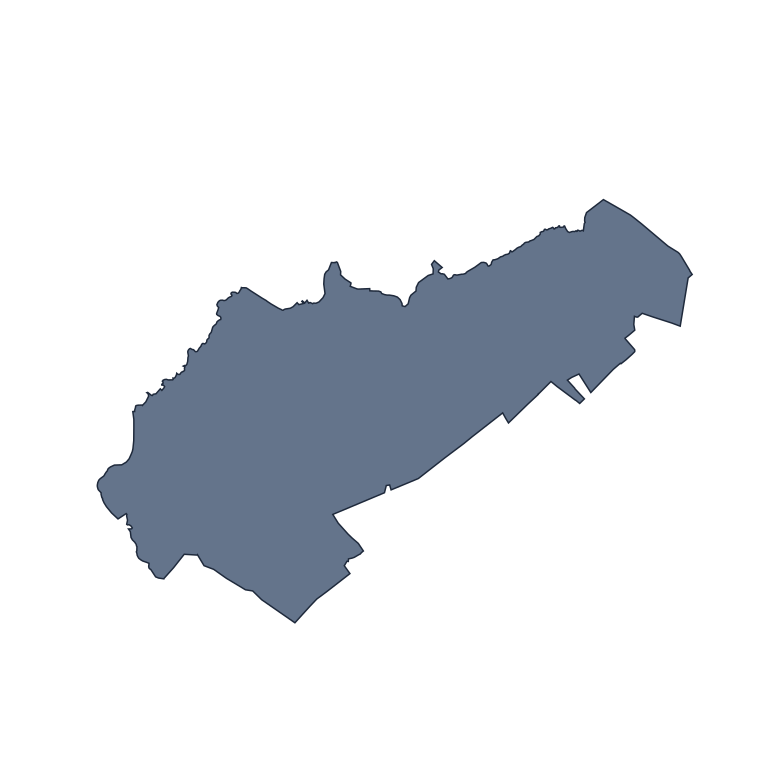 outline of El Salto, Jalisco, Mexico, rotated 133°
{"feature_id": "50627088B25488559154572", "entity_name": "El Salto", "entity_type": "district", "adm_level": 2, "iso_a3": "MEX", "parent_name": "Mexico", "parent_adm1": "Jalisco", "projection": "orthographic", "projection_center": [-103.259, 20.539], "detail": "fine", "context": "isolated", "style": "filled", "palette": "slate", "viewbox_px": 768, "rotation_deg": 133, "n_neighbors": 0, "source": "geoboundaries", "source_scale": "gbopen_adm2", "svg_char_len": 6159}
<svg xmlns="http://www.w3.org/2000/svg" viewBox="0 0 768 768"><g transform="rotate(133 384 384)"><path d="M676.7,412.2L676.6,412.3L661.9,412.6L644.8,414.0L636.4,403.8L636.1,403.9L639.6,391.7L635.7,382.1L633.6,366.7L629.0,345.0L624.9,338.9L625.2,326.3L619.4,286.3L597.4,286.6L587.0,286.5L574.5,284.2L545.9,279.6L544.0,289.1L538.9,290.2L538.1,289.1L536.1,290.7L533.1,288.6L531.0,287.5L525.7,285.9L524.6,285.4L522.6,285.5L520.2,285.2L518.1,294.1L518.4,302.2L518.3,307.9L517.0,322.6L514.3,332.5L463.2,309.5L456.7,313.1L454.0,311.0L456.6,306.6L429.7,294.4L396.2,289.1L373.1,285.0L362.7,283.6L324.2,277.5L326.1,271.7L327.6,266.4L300.9,265.1L286.6,264.1L286.5,264.4L285.7,264.5L285.5,264.2L268.3,263.6L267.8,255.6L265.3,232.9L265.1,232.5L264.8,227.6L258.2,227.3L257.3,241.0L257.0,241.7L256.1,252.5L251.1,251.2L243.7,248.2L249.2,226.9L217.0,226.3L207.7,225.3L207.6,224.5L201.1,223.5L193.0,222.8L189.3,222.7L188.1,223.8L187.9,224.4L186.4,238.6L186.1,239.0L180.5,238.1L173.6,237.3L170.1,241.9L163.7,247.0L163.0,245.3L162.4,244.4L161.8,244.0L156.2,243.4L151.6,233.1L143.1,215.0L139.7,206.8L99.0,233.9L93.7,233.3L92.9,237.0L92.4,238.0L87.9,253.6L87.2,256.6L87.2,258.7L89.5,270.4L91.2,304.7L92.0,315.1L92.4,319.1L99.5,349.3L120.5,352.8L125.3,350.7L127.7,348.7L128.3,347.9L128.5,347.2L130.1,346.9L136.0,342.7L136.3,343.6L136.6,344.0L138.4,344.8L138.7,345.2L138.9,346.4L139.5,347.3L139.9,347.3L140.6,346.9L140.9,347.0L141.1,348.1L142.5,348.5L143.5,349.8L144.4,350.5L146.7,351.7L147.3,353.6L146.4,357.1L145.3,359.6L145.4,359.9L145.6,360.1L146.6,359.8L147.1,360.0L148.9,361.5L149.4,362.4L148.7,363.5L148.8,363.7L149.3,364.0L151.0,363.8L152.0,364.4L152.7,365.1L153.2,365.1L153.6,364.9L154.6,365.3L154.3,367.2L154.5,367.6L156.1,368.1L158.4,369.4L159.2,369.4L160.1,369.9L160.6,370.5L160.7,371.4L161.1,371.9L161.6,372.1L163.3,371.5L164.3,371.9L164.8,372.4L166.6,373.1L167.8,372.0L168.6,371.9L170.2,371.9L171.9,372.8L176.0,372.9L179.2,374.4L179.5,374.7L180.1,374.9L181.4,375.0L183.7,376.9L184.3,377.2L185.3,377.4L186.5,377.3L188.5,377.7L190.2,377.7L192.2,378.8L194.0,379.4L196.1,379.6L199.3,380.2L200.0,380.5L200.3,381.0L200.1,382.3L200.3,382.5L203.0,381.5L203.8,381.7L205.0,382.2L206.2,383.2L208.1,384.0L209.7,384.3L211.4,385.4L212.9,385.8L214.2,386.0L215.2,386.4L217.5,387.7L218.9,388.9L221.6,388.3L223.2,387.3L224.1,387.2L226.2,387.7L226.7,388.2L226.6,389.1L226.1,390.1L225.9,391.8L227.0,394.0L228.8,395.7L236.7,397.2L244.6,399.6L246.2,399.9L247.5,399.7L249.7,401.0L250.9,402.2L254.6,404.9L255.8,406.8L256.8,407.4L257.8,407.3L258.6,407.0L260.0,406.9L261.7,407.6L263.6,408.9L262.6,414.7L263.5,416.4L264.5,417.4L265.0,420.6L263.3,421.6L259.1,420.9L259.5,431.3L264.1,430.8L266.1,426.6L270.0,423.2L274.5,425.7L286.2,427.9L291.2,426.4L294.2,424.0L300.6,424.9L303.3,424.2L308.9,421.0L313.0,421.4L314.4,424.0L312.8,425.8L311.3,429.8L311.3,433.5L312.8,437.0L315.3,440.7L316.9,442.4L318.2,444.5L319.4,447.4L318.8,449.2L319.8,451.4L323.4,455.4L325.5,457.9L324.0,459.5L332.0,467.4L332.8,468.5L335.6,475.3L333.2,476.6L332.6,477.1L333.8,483.9L333.8,490.2L331.2,492.4L326.9,501.0L327.1,502.0L328.2,502.4L328.1,502.5L329.4,503.4L331.0,505.3L337.8,502.6L338.6,502.4L341.4,502.8L344.2,502.2L347.9,499.6L352.0,496.2L358.1,488.8L362.4,487.5L368.3,487.5L371.3,488.8L372.9,490.7L373.9,490.9L374.8,493.6L376.2,494.3L375.3,497.4L378.7,497.2L378.9,500.4L379.7,500.4L379.8,497.6L384.0,500.4L383.8,503.0L389.5,503.2L392.5,504.2L396.6,507.4L397.8,507.9L398.7,508.0L399.3,508.6L399.6,509.9L400.6,512.9L402.5,521.3L403.2,525.6L403.3,527.1L404.3,531.5L406.7,544.7L407.3,548.8L407.7,550.4L409.2,552.2L410.4,553.4L410.7,554.1L412.5,553.2L413.9,553.1L415.1,552.7L416.6,552.5L417.6,552.9L418.2,553.5L418.1,554.6L418.4,555.4L420.1,557.4L420.9,557.8L422.0,557.8L422.7,556.9L422.7,555.9L423.3,555.4L424.2,555.4L425.3,556.0L427.1,556.6L429.7,556.7L430.9,557.0L432.1,557.9L432.9,559.4L434.4,560.8L435.6,561.2L437.5,561.2L440.0,560.3L440.7,558.9L440.8,557.1L442.9,556.0L446.6,554.5L447.2,553.8L447.1,552.0L446.4,550.1L446.5,549.1L447.0,548.2L448.2,547.4L449.4,548.1L451.5,548.5L452.6,548.5L454.1,547.8L455.4,547.7L456.3,548.0L458.3,548.1L459.3,548.0L464.0,545.6L466.5,545.5L467.9,545.0L469.3,543.6L470.2,543.4L471.4,543.6L472.6,543.5L474.2,542.4L475.2,542.2L476.9,542.4L477.8,544.1L478.6,544.4L480.3,544.1L481.0,543.7L482.0,543.6L483.6,543.6L487.2,542.8L487.7,542.9L488.2,543.2L489.0,544.0L488.8,546.3L488.9,546.9L489.7,548.1L490.0,549.8L490.7,550.2L491.8,550.3L493.1,550.1L494.1,549.6L494.8,548.9L496.9,546.1L498.1,545.6L501.5,542.9L504.1,541.6L505.0,541.5L505.9,541.8L506.5,542.5L507.8,543.0L507.3,541.3L508.7,540.6L509.8,539.3L510.9,539.2L511.6,539.3L511.9,539.6L512.4,539.6L513.2,540.1L514.1,540.2L516.3,539.9L517.5,541.3L517.5,542.9L519.2,541.9L521.8,541.2L522.9,541.5L523.6,542.4L524.5,541.3L525.1,541.4L528.1,544.5L529.1,546.5L530.5,547.6L531.9,548.1L532.0,547.9L533.1,548.0L533.2,547.3L533.9,546.2L535.8,546.3L536.3,545.6L535.3,544.7L535.5,542.7L536.5,542.3L540.2,542.1L540.1,544.3L546.7,544.1L548.9,545.8L550.3,545.5L550.9,546.3L551.3,551.1L552.1,551.5L552.0,550.0L553.3,547.9L559.5,546.0L564.5,546.1L564.4,546.6L566.2,548.4L567.3,549.5L568.7,550.5L569.2,550.6L569.8,550.4L570.4,549.9L573.7,548.2L574.2,547.6L575.5,548.9L580.5,542.8L586.7,537.0L596.1,528.4L602.4,523.6L604.9,522.1L607.8,521.0L612.5,519.4L616.8,519.2L622.0,520.7L627.2,525.9L631.2,527.5L633.2,527.9L634.4,527.9L636.4,527.1L637.8,527.1L640.7,526.6L641.4,526.3L642.6,526.2L646.8,527.0L648.8,527.0L651.3,526.1L653.5,524.7L654.6,523.6L655.9,521.5L656.2,520.6L656.5,516.7L656.9,516.3L657.4,516.0L659.3,513.2L659.6,511.9L659.8,511.9L660.7,510.4L661.9,507.5L663.0,503.4L664.1,495.3L664.1,486.5L654.6,484.2L654.7,483.1L656.0,482.3L658.5,478.7L662.1,476.5L662.0,475.5L660.8,474.5L660.4,472.6L660.5,471.7L660.9,470.0L661.7,469.8L662.4,470.1L664.3,472.0L665.0,468.8L668.8,464.3L669.6,461.6L669.7,458.0L670.1,457.0L670.2,456.2L670.4,455.6L671.2,454.7L671.4,453.8L674.6,451.0L675.3,450.9L676.0,450.1L676.2,449.5L677.6,447.7L678.2,446.2L678.7,444.5L678.5,442.0L678.0,439.7L676.3,435.9L675.4,433.6L676.6,432.6L677.7,431.9L678.8,430.5L679.0,429.4L678.7,428.1L680.8,419.5L679.7,416.6L676.7,412.2Z" fill="#64748b" stroke="#1e293b" stroke-width="1.5"/></g></svg>